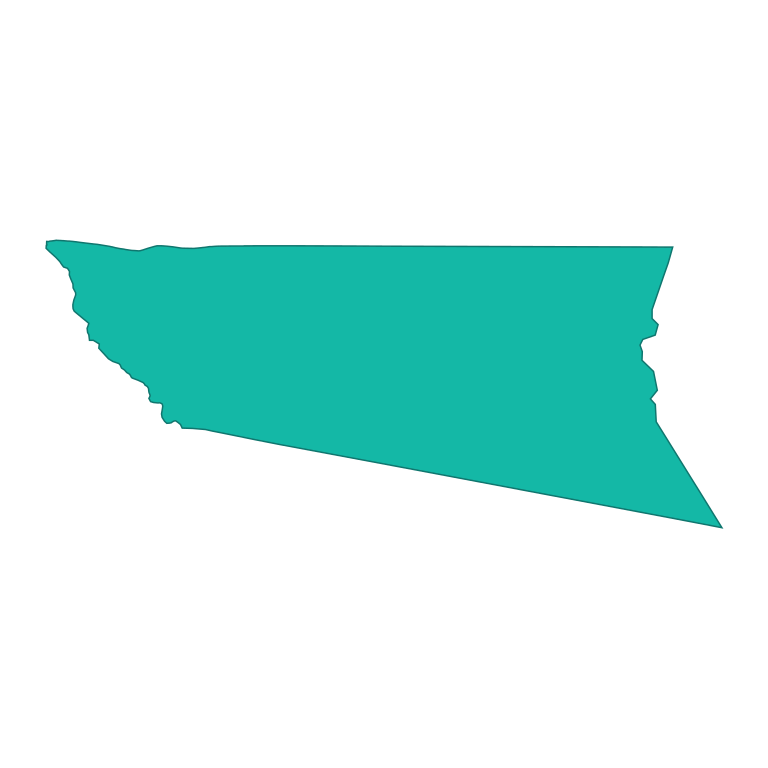 the district of San Martín, San Juan, Argentina
{"feature_id": "61730980B78285538688755", "entity_name": "San Martín", "entity_type": "district", "adm_level": 2, "iso_a3": "ARG", "parent_name": "Argentina", "parent_adm1": "San Juan", "projection": "albers", "projection_center": [-68.358, -31.544], "detail": "fine", "context": "isolated", "style": "filled", "palette": "teal", "viewbox_px": 768, "rotation_deg": 0, "n_neighbors": 0, "source": "geoboundaries", "source_scale": "gbopen_adm2", "svg_char_len": 2818}
<svg xmlns="http://www.w3.org/2000/svg" viewBox="0 0 768 768"><path d="M114.1,361.9L118.1,363.3L118.9,363.6L120.1,364.8L121.5,368.0L124.5,370.0L126.7,372.5L129.6,374.2L130.5,375.6L131.5,377.5L132.4,378.1L138.0,380.2L143.0,382.5L144.2,383.6L145.0,385.1L146.4,385.9L147.3,386.5L148.1,387.7L148.5,388.5L148.6,389.4L148.7,390.5L148.9,391.8L149.1,392.8L149.7,394.1L150.1,395.7L149.8,396.6L148.9,398.4L149.8,400.1L150.6,401.6L153.5,402.5L157.5,402.9L158.7,402.9L159.9,402.8L162.0,403.8L162.6,405.3L162.7,406.5L162.4,408.6L162.0,411.1L161.5,413.9L162.1,417.4L164.6,421.3L166.8,423.3L169.7,423.1L171.4,422.7L172.5,421.8L174.2,421.0L175.6,420.8L177.8,422.3L180.5,424.5L182.2,428.1L189.0,428.3L192.3,428.4L205.5,429.5L212.5,431.1L215.6,431.7L231.1,434.8L254.7,439.6L274.1,443.4L279.7,444.5L400.8,467.1L551.3,495.4L645.3,513.1L693.9,522.3L721.9,527.7L699.4,491.3L693.9,482.5L665.3,436.4L656.2,421.8L655.3,404.4L650.4,398.9L657.3,390.3L653.5,371.4L642.0,360.3L642.3,351.6L640.0,345.1L642.8,339.4L655.2,335.1L658.1,324.6L652.1,318.6L652.1,309.6L662.4,279.6L663.0,277.8L668.2,263.0L669.8,257.4L672.7,247.1L667.5,247.1L647.8,247.0L385.2,246.2L346.8,246.0L291.8,245.8L282.5,245.8L271.3,245.8L263.9,245.8L256.4,245.8L248.8,245.9L243.9,245.9L243.5,246.0L241.1,246.0L232.0,246.0L225.2,246.1L221.2,246.1L217.1,246.2L214.0,246.4L211.6,246.6L211.3,246.6L210.6,246.6L210.2,246.6L209.8,246.6L205.7,247.2L205.1,247.3L201.9,247.6L201.5,247.7L197.4,248.1L194.1,248.4L193.4,248.4L192.8,248.4L187.7,248.3L182.5,248.2L181.5,248.1L179.9,247.9L174.0,247.0L173.4,246.9L171.6,246.7L167.0,246.2L163.0,245.9L160.9,245.8L157.2,245.8L156.6,245.9L154.5,246.4L148.2,248.2L142.4,250.1L141.6,250.3L141.0,250.5L140.5,250.6L139.9,250.8L139.5,250.8L138.8,250.9L135.2,250.6L133.3,250.5L133.0,250.5L131.6,250.4L130.8,250.3L125.5,249.5L123.6,249.1L120.6,248.7L118.8,248.4L116.9,248.0L115.7,247.8L112.2,246.9L111.4,246.8L110.6,246.6L109.8,246.4L102.5,245.2L99.4,244.7L97.6,244.4L93.6,244.0L86.0,243.1L79.5,242.3L76.7,241.9L72.4,241.4L70.2,241.2L69.3,241.1L68.8,241.1L68.0,241.1L67.1,241.0L65.7,240.9L64.4,240.8L63.8,240.7L63.6,240.7L63.1,240.7L60.3,240.5L57.5,240.4L56.7,240.3L56.0,240.3L55.6,240.4L55.0,240.5L53.6,240.7L52.2,240.9L50.4,241.1L50.1,241.1L49.6,241.2L49.2,241.3L48.9,241.4L48.7,241.5L48.3,241.6L47.0,241.4L46.7,241.4L46.6,243.0L46.6,244.0L46.8,244.2L46.8,244.3L46.9,244.5L46.7,245.4L46.3,245.4L46.1,248.3L49.9,252.0L55.8,257.3L59.9,261.7L61.1,263.6L62.3,265.3L63.6,267.0L67.5,268.3L69.5,271.5L69.3,275.0L70.7,278.7L72.9,283.8L73.0,284.9L73.1,287.9L75.6,292.7L75.7,294.9L75.1,296.6L74.8,297.4L73.8,300.2L72.9,304.6L72.9,306.4L73.1,308.8L74.3,311.3L77.2,313.7L88.8,323.3L88.0,326.0L87.1,328.3L87.6,332.5L88.8,334.7L89.5,340.3L93.3,340.3L99.3,344.0L98.8,348.2L108.5,358.8L112.9,361.5L114.1,361.9Z" fill="#14b8a6" stroke="#0f766e" stroke-width="1.5"/></svg>